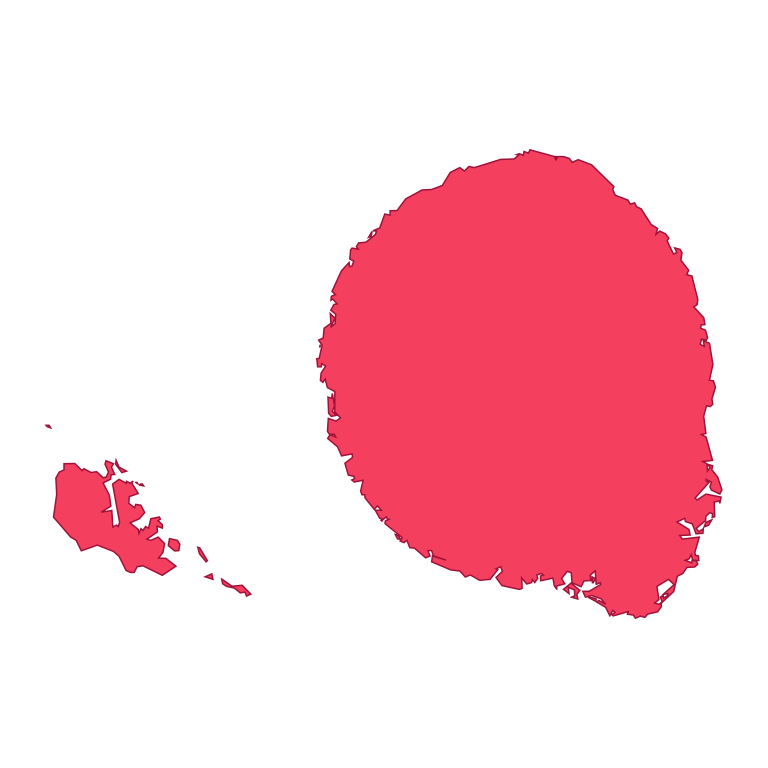 the district of Gizo-Kolombangara, Western, Solomon Islands
{"feature_id": "97153195B6288223256746", "entity_name": "Gizo-Kolombangara", "entity_type": "district", "adm_level": 2, "iso_a3": "SLB", "parent_name": "Solomon Islands", "parent_adm1": "Western", "projection": "mercator", "projection_center": [157.005, -7.99], "detail": "fine", "context": "isolated", "style": "filled", "palette": "rose", "viewbox_px": 768, "rotation_deg": 0, "n_neighbors": 0, "source": "geoboundaries", "source_scale": "gbopen_adm2", "svg_char_len": 6130}
<svg xmlns="http://www.w3.org/2000/svg" viewBox="0 0 768 768"><path d="M721.9,489.8L717.6,476.9L711.8,469.8L712.6,465.7L707.8,464.4L710.0,467.6L707.5,471.1L706.9,463.8L702.8,461.5L712.5,460.4L706.1,437.1L701.5,434.5L705.9,433.5L703.7,416.2L706.5,405.8L710.1,406.6L712.8,404.2L711.9,399.0L715.5,387.2L713.4,380.8L709.4,380.3L712.9,364.6L709.5,343.3L703.3,340.7L704.3,346.3L700.3,344.4L701.5,339.1L706.3,340.2L707.6,337.8L705.5,330.2L700.6,328.2L701.2,324.9L704.9,324.6L703.8,317.8L693.8,306.9L697.1,304.7L697.8,299.5L691.9,276.0L686.6,274.6L688.7,270.3L680.9,260.2L682.0,252.8L680.1,249.4L674.7,247.9L676.8,252.5L673.4,254.0L667.1,240.8L668.8,238.1L665.4,233.8L659.8,231.1L656.0,234.3L657.6,228.5L651.2,224.5L641.1,208.8L636.6,206.8L634.6,202.8L630.3,204.2L627.8,200.0L615.4,195.4L612.7,189.6L613.9,186.7L591.7,164.9L578.3,159.7L572.1,162.3L569.4,158.5L563.6,156.6L555.0,156.6L557.2,158.2L555.8,159.8L554.3,156.5L529.9,149.8L528.5,153.1L524.0,151.5L523.3,155.2L519.4,153.7L516.8,154.6L518.8,155.0L514.1,159.0L500.7,159.4L474.5,167.6L468.9,166.5L464.4,171.0L459.8,167.6L450.3,172.4L442.3,185.5L431.5,189.5L422.0,190.0L405.7,198.9L397.0,210.6L390.1,210.7L390.1,215.2L384.8,214.0L379.7,228.0L372.8,230.8L376.6,231.1L375.4,234.5L366.0,242.2L358.6,242.9L356.4,246.6L358.2,249.1L352.0,248.1L350.6,249.9L349.8,259.0L353.7,261.1L352.1,266.0L349.5,266.6L349.1,262.5L341.5,270.7L332.0,291.4L335.4,294.6L331.3,296.4L331.0,300.2L332.8,299.1L337.1,303.9L333.9,304.5L330.8,310.2L335.7,314.2L335.1,323.6L330.7,327.3L334.9,318.2L330.3,313.6L330.9,323.3L324.1,328.3L323.2,338.0L318.6,340.1L322.1,345.1L319.2,358.4L316.8,358.7L317.6,366.8L321.3,366.8L321.7,363.7L325.6,366.0L321.1,373.2L320.4,380.4L322.9,382.4L325.2,379.0L327.4,387.6L334.8,391.5L334.8,411.8L340.5,417.9L336.0,421.1L328.3,418.4L327.5,431.4L329.5,434.3L334.2,434.3L335.7,437.0L329.9,434.7L327.7,438.5L337.6,446.9L341.6,455.9L352.1,453.9L352.5,457.4L344.9,463.2L348.3,475.1L354.0,476.4L354.5,478.7L351.8,480.0L354.4,482.0L363.1,480.3L360.6,491.1L362.0,494.8L364.8,494.7L365.0,497.9L374.3,509.4L377.4,505.9L381.4,510.3L375.2,510.2L379.8,518.3L383.6,519.2L386.2,516.8L387.8,519.8L390.1,518.8L385.3,521.0L385.0,523.6L402.2,537.6L400.1,541.0L404.0,542.6L406.9,540.4L409.8,547.7L414.4,548.1L425.6,557.8L430.0,556.0L428.0,550.7L431.6,550.5L433.4,555.8L446.0,560.1L432.5,556.0L431.6,561.8L450.7,569.9L459.8,571.0L465.3,577.0L470.4,575.0L479.6,580.3L490.0,579.4L497.8,569.6L496.0,568.8L500.7,566.7L502.3,571.4L496.0,577.5L502.0,585.6L519.3,589.4L522.1,588.4L521.7,577.9L526.7,584.0L531.6,582.6L532.4,579.6L534.7,582.5L537.8,578.3L536.7,575.1L541.3,573.5L543.4,575.1L540.5,576.0L540.6,580.8L552.9,578.1L554.3,585.8L557.0,589.5L556.4,586.1L564.8,583.8L561.5,578.5L567.3,571.4L571.3,572.7L572.0,582.8L581.1,586.7L584.0,580.9L590.9,580.6L590.2,575.3L595.2,570.8L596.2,584.3L600.4,582.7L600.8,584.5L589.1,591.3L582.8,591.3L585.4,597.1L591.8,595.5L600.8,598.6L605.7,604.3L598.8,600.4L596.7,602.0L605.7,607.4L609.8,615.7L612.7,610.5L615.1,612.3L611.7,614.7L613.2,615.9L628.3,611.6L627.4,614.2L633.4,615.1L635.4,618.2L640.4,616.1L644.9,617.4L647.7,614.1L657.6,611.8L661.4,606.6L661.1,602.6L659.1,604.4L654.6,603.0L658.9,599.6L656.9,586.4L668.5,579.4L674.1,584.6L663.2,594.4L668.0,593.6L667.3,595.8L663.6,598.1L663.3,595.9L660.4,597.0L662.3,602.2L673.7,591.5L677.3,576.3L682.9,573.4L686.9,567.4L694.7,567.0L697.8,564.2L696.1,560.7L692.1,560.3L691.8,562.8L685.2,560.3L689.2,558.8L691.2,554.8L692.7,560.1L698.8,560.5L698.4,555.9L695.6,555.5L694.8,552.5L699.3,537.1L682.4,539.1L679.7,535.5L690.1,535.0L689.0,529.5L677.0,522.0L684.7,518.3L685.5,521.6L692.3,523.8L696.0,533.8L702.9,533.3L703.3,528.8L698.8,531.7L696.3,528.3L705.6,520.6L705.8,516.4L709.6,512.7L712.6,513.7L712.2,517.3L714.8,516.7L714.2,502.1L719.3,500.9L719.8,503.4L721.1,497.1L706.0,494.1L696.9,500.0L695.1,498.1L709.3,482.0L706.4,481.3L706.1,479.5L711.5,482.2L709.9,486.9L711.5,490.1L719.8,494.0L721.9,489.8ZM175.9,566.2L166.0,558.4L158.5,558.1L162.9,552.5L164.6,543.6L158.2,537.1L150.7,540.4L146.9,539.2L157.4,531.9L157.0,526.2L162.4,528.1L162.4,524.7L158.0,520.7L160.4,519.1L159.3,517.0L150.8,518.7L148.6,528.1L145.5,526.6L143.0,530.5L141.0,528.7L139.0,533.4L138.3,529.5L130.1,522.9L139.1,518.9L144.7,512.6L140.9,505.2L135.8,504.4L134.5,507.7L128.8,503.3L129.2,496.6L138.3,493.5L131.7,483.0L133.2,481.1L130.1,483.2L126.5,481.3L126.3,483.2L119.1,479.4L112.6,484.0L119.6,522.4L118.2,526.7L116.6,525.1L112.8,527.0L111.8,510.5L101.3,512.1L110.9,506.1L109.3,495.1L103.1,482.9L110.6,479.2L111.1,474.8L114.7,474.5L111.5,467.2L113.5,463.7L106.0,460.7L105.0,464.1L108.5,472.0L106.3,477.0L103.2,477.7L96.6,471.7L91.1,472.5L83.9,468.7L82.1,470.6L74.8,463.5L64.0,463.7L64.0,469.9L59.2,472.1L55.9,478.1L56.7,494.4L53.5,517.1L70.7,537.1L76.1,540.2L81.3,550.8L97.3,545.1L113.4,551.4L119.0,556.2L126.1,570.5L130.7,572.5L134.2,572.4L137.1,566.7L142.9,565.8L162.3,575.3L175.9,566.2ZM250.8,594.1L242.2,585.3L232.0,586.2L221.7,579.1L222.6,583.7L226.4,586.3L234.4,588.1L240.3,592.9L245.1,592.1L246.5,596.1L250.8,594.1ZM336.2,415.4L332.3,411.1L334.6,405.8L332.3,393.5L331.6,398.3L328.0,397.1L328.6,413.3L331.3,416.4L336.2,415.4ZM179.8,544.2L177.4,540.4L169.5,538.6L168.3,545.6L174.6,550.9L178.8,550.6L179.8,544.2ZM579.9,590.4L571.0,583.1L563.5,589.3L569.0,593.6L568.3,587.3L574.5,590.0L574.7,595.8L571.6,597.2L577.8,599.0L576.9,594.2L579.9,590.4ZM207.4,560.6L199.8,548.0L197.8,547.3L199.5,553.8L206.1,561.8L207.4,560.6ZM212.9,579.3L211.8,573.9L205.2,576.8L212.9,579.3ZM126.5,471.1L119.0,467.1L116.1,460.4L115.6,464.2L121.9,472.6L126.5,471.1ZM711.7,519.9L705.9,522.4L704.1,526.9L708.6,525.2L711.7,519.9ZM400.3,539.1L398.1,535.2L395.3,534.5L397.6,539.0L400.3,539.1ZM596.3,599.1L593.6,598.0L588.0,597.2L595.7,601.3L596.3,599.1ZM595.3,578.6L592.1,576.9L592.4,582.6L593.3,582.7L595.3,578.6ZM371.1,236.4L372.1,231.4L368.6,237.3L371.1,236.4ZM50.7,427.9L49.1,425.3L46.1,425.3L47.3,426.7L50.7,427.9ZM143.6,485.9L142.2,483.9L139.2,484.5L139.6,485.1L143.6,485.9ZM381.9,521.1L383.1,519.4L381.1,520.3L381.9,521.1ZM319.5,347.5L320.2,346.1L320.3,344.7L319.5,347.5ZM137.6,483.5L137.1,482.5L135.3,482.2L137.6,483.5Z" fill="#f43f5e" stroke="#9f1239" stroke-width="1.5"/></svg>